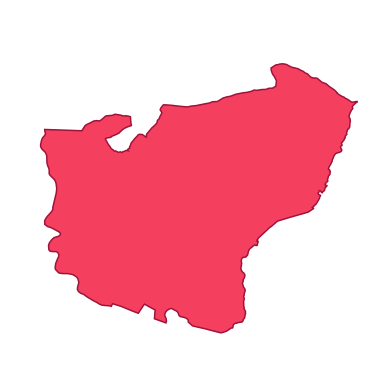 Haghig, Covasna, Romania, rotated 6°
{"feature_id": "2599482B24219232325482", "entity_name": "Haghig", "entity_type": "district", "adm_level": 2, "iso_a3": "ROU", "parent_name": "Romania", "parent_adm1": "Covasna", "projection": "equal_earth", "projection_center": [25.634, 45.863], "detail": "fine", "context": "isolated", "style": "filled", "palette": "rose", "viewbox_px": 384, "rotation_deg": 6, "n_neighbors": 0, "source": "geoboundaries", "source_scale": "gbopen_adm2", "svg_char_len": 5987}
<svg xmlns="http://www.w3.org/2000/svg" viewBox="0 0 384 384"><g transform="rotate(6 192 192)"><path d="M347.5,84.7L346.2,84.8L342.3,85.9L340.8,85.7L337.7,83.9L334.2,82.5L333.1,81.7L331.8,81.5L327.9,79.7L326.3,78.8L326.2,78.4L326.0,78.5L325.0,77.3L323.3,75.9L320.9,74.5L317.6,72.8L314.2,70.4L313.6,70.1L312.4,70.1L311.6,69.7L310.0,69.4L307.1,67.5L304.9,65.9L303.8,65.7L300.5,65.9L298.1,65.3L297.0,64.6L295.0,62.8L294.5,62.5L291.8,61.6L290.1,60.4L288.1,59.8L284.5,58.3L277.8,57.4L272.6,55.3L269.8,55.0L268.2,55.1L265.9,55.6L264.0,56.4L262.0,56.9L257.7,60.4L257.9,60.8L257.8,61.7L258.2,63.0L259.2,65.2L260.1,66.7L261.9,68.7L264.2,72.3L264.4,73.1L264.3,78.0L261.3,80.3L257.6,80.8L254.8,82.2L250.2,82.9L246.0,84.1L243.1,84.1L240.9,85.5L238.9,86.2L236.8,87.0L232.1,88.1L225.3,90.2L220.6,92.6L216.0,94.0L215.0,94.5L213.2,95.2L208.7,98.7L207.2,99.5L203.2,100.0L199.6,101.8L196.1,102.8L187.2,105.6L181.6,106.8L178.8,107.9L170.6,108.0L162.5,107.9L156.1,108.1L154.6,108.3L154.2,108.5L152.4,111.4L151.7,113.5L153.5,115.9L153.7,116.6L153.6,117.1L152.5,119.6L151.5,122.9L150.2,124.2L150.0,125.3L149.9,127.0L147.9,129.7L145.4,132.4L141.1,138.8L140.8,139.3L140.8,141.5L140.6,142.3L137.9,140.7L136.4,140.0L133.7,140.1L133.1,140.4L132.2,141.1L131.7,142.1L129.6,144.7L126.3,149.8L126.1,151.2L125.2,153.9L125.2,154.2L125.5,154.5L125.5,154.8L124.2,155.7L123.9,156.0L123.7,156.5L123.7,157.0L124.2,157.6L122.3,157.4L120.2,158.8L119.1,159.0L118.4,160.1L116.4,159.5L115.8,159.9L114.4,160.2L111.6,159.1L110.7,159.4L110.2,159.3L108.9,158.2L107.1,157.3L105.6,155.2L103.7,153.3L100.3,148.3L100.8,147.8L101.8,147.0L103.3,146.8L105.3,146.1L105.9,145.8L106.3,145.3L106.5,144.9L109.6,143.3L112.6,141.5L113.5,140.7L115.7,138.0L117.9,135.9L121.2,133.9L124.1,132.6L124.8,132.1L124.1,130.0L122.9,123.6L120.8,123.2L118.7,123.1L115.6,123.5L113.0,123.0L107.3,122.7L104.7,124.1L99.0,125.2L98.1,125.6L94.5,129.5L92.7,131.0L89.5,131.0L86.8,131.7L84.2,133.5L79.8,136.2L78.7,137.3L76.2,142.2L76.2,142.6L39.0,145.2L39.1,146.3L39.5,147.5L40.0,148.5L40.1,149.2L40.0,150.1L39.1,151.9L37.8,153.6L37.2,155.4L36.9,156.7L36.6,159.8L36.5,161.2L36.7,162.6L37.3,163.7L38.6,165.3L41.4,167.4L42.6,168.8L43.3,170.1L43.9,172.0L44.4,176.0L44.8,178.5L45.8,181.1L47.2,183.5L47.7,185.3L48.0,188.7L49.1,190.2L53.9,194.1L55.1,195.8L56.0,197.9L57.1,202.8L57.1,207.2L55.3,220.9L55.2,221.8L55.4,223.3L55.2,224.4L54.6,225.7L53.3,227.8L50.9,231.0L49.7,233.0L48.9,234.7L48.5,236.3L49.0,239.6L52.0,241.5L54.5,241.9L56.7,242.6L64.2,245.7L65.5,247.0L65.6,248.1L64.0,249.9L59.7,251.7L58.6,252.8L57.3,254.4L55.5,257.5L55.1,259.0L54.9,260.3L55.6,264.1L56.3,265.1L57.4,265.8L60.0,265.8L63.3,265.5L64.6,266.1L66.0,267.9L66.2,269.1L66.0,270.5L65.3,272.4L63.9,277.4L63.8,281.3L64.2,283.1L67.1,285.7L68.0,286.4L70.0,286.6L72.8,286.6L76.1,286.2L78.0,286.2L80.9,286.4L82.5,286.8L84.0,287.4L86.2,288.7L87.1,289.6L87.8,290.7L88.8,293.6L88.8,294.6L88.1,299.2L88.2,300.9L88.9,302.0L89.8,303.1L92.3,304.5L94.7,305.0L99.0,307.5L105.1,310.3L109.4,312.0L110.8,312.8L112.3,313.4L114.2,313.9L117.2,314.0L121.3,313.8L123.7,314.1L124.6,311.4L133.3,313.1L146.2,316.9L151.3,318.2L155.1,310.8L156.4,308.5L167.9,313.3L167.7,314.6L167.7,316.0L167.9,322.0L179.8,324.9L180.1,323.2L179.8,321.6L179.4,320.4L178.0,318.0L177.6,316.4L178.5,313.9L179.7,312.2L181.4,311.0L183.2,310.0L184.2,310.1L189.1,312.1L190.0,312.7L190.8,313.6L191.8,315.9L192.6,316.7L193.8,317.2L197.2,317.5L199.5,318.2L200.8,318.9L201.5,319.7L201.8,320.9L201.9,321.8L206.3,324.9L207.2,325.2L218.9,326.6L234.8,329.0L235.6,329.0L236.9,328.6L240.6,327.0L245.1,323.3L245.8,323.0L246.5,323.0L246.7,322.8L246.9,321.8L246.9,320.2L247.2,319.5L248.0,318.6L249.1,317.9L250.2,317.8L250.9,317.3L253.8,316.4L255.1,316.2L256.2,314.9L256.2,314.3L256.4,313.6L256.5,313.2L257.3,312.0L257.7,309.9L257.6,308.8L258.0,307.4L257.7,306.1L257.7,305.4L257.6,305.0L255.9,302.4L255.9,301.0L255.4,300.2L255.0,296.8L254.8,296.2L254.7,295.5L255.1,294.1L255.0,293.0L255.2,292.5L254.4,291.2L254.4,289.9L254.6,289.6L254.6,288.0L255.2,284.4L254.9,283.3L252.9,280.6L251.8,277.6L251.8,276.9L252.2,275.8L252.2,273.8L253.1,271.6L253.4,269.5L253.1,268.7L252.6,267.9L252.0,267.2L250.6,266.3L249.5,265.1L249.0,264.0L248.7,262.8L248.6,261.9L248.9,257.9L248.3,255.8L248.2,254.7L248.4,253.2L248.7,252.5L250.0,251.6L252.4,251.0L253.4,249.6L253.9,248.7L254.4,244.7L255.3,242.6L259.5,238.3L259.9,238.1L261.3,238.6L262.4,238.2L262.5,238.0L262.4,237.3L263.0,234.5L262.9,234.4L262.5,234.6L262.3,234.5L262.3,234.2L261.6,233.8L261.9,233.2L262.3,233.0L262.3,232.8L262.0,232.4L262.4,232.0L262.4,231.7L262.8,230.9L272.9,219.3L274.4,218.1L279.6,212.5L280.4,211.9L289.5,208.0L309.3,200.0L310.0,199.6L314.6,195.8L314.5,195.5L313.2,194.7L314.8,193.3L315.1,192.4L316.3,191.7L316.7,191.0L318.9,186.3L319.4,184.9L319.6,183.7L320.2,182.0L320.0,181.8L318.4,181.4L317.9,180.7L317.5,180.5L317.4,180.0L318.2,179.0L318.2,177.7L318.6,177.3L319.6,177.5L319.9,177.6L320.3,178.4L321.1,179.0L321.5,179.2L321.8,179.1L321.9,178.1L323.4,176.9L323.7,176.2L323.9,174.0L324.6,173.2L325.6,171.7L325.4,171.5L324.9,172.1L324.5,172.0L324.6,171.4L323.6,170.7L323.6,170.3L324.4,168.8L325.9,167.1L325.5,165.7L326.1,161.8L327.2,160.3L327.4,159.3L327.3,158.3L327.4,157.1L327.0,156.8L326.9,156.2L326.3,155.5L325.3,155.2L325.3,154.9L325.4,154.5L325.7,152.6L326.9,150.3L327.7,148.0L328.1,147.2L328.2,145.2L328.8,143.8L329.1,142.3L329.8,140.5L330.4,139.4L331.4,138.4L335.0,136.9L336.1,136.0L336.5,135.3L336.6,134.9L336.4,134.2L335.2,132.3L334.9,131.6L335.2,130.9L336.1,130.3L336.3,129.9L336.2,129.1L335.5,127.9L335.6,127.3L336.7,126.3L336.8,125.6L337.9,124.1L338.0,123.1L338.7,122.2L338.7,121.9L338.5,121.2L338.7,120.3L340.0,118.4L339.6,117.3L339.7,116.2L339.9,115.4L339.9,114.6L340.4,113.4L341.4,112.5L342.0,111.0L342.0,108.9L341.8,107.6L342.1,105.0L341.5,102.6L340.5,101.3L340.3,100.2L340.5,98.7L341.3,95.9L342.0,94.1L342.4,93.4L342.9,92.8L343.1,92.1L343.0,91.5L342.5,90.2L342.7,89.8L344.6,87.4L345.2,86.9L345.6,86.2L346.5,85.7L346.7,85.1L347.5,84.7Z" fill="#f43f5e" stroke="#9f1239" stroke-width="1.5"/></g></svg>